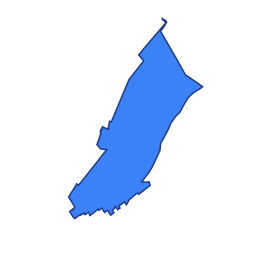 the district of Antiguo Morelos, Tamaulipas, Mexico, rotated 227°
{"feature_id": "50627088B85059783255621", "entity_name": "Antiguo Morelos", "entity_type": "district", "adm_level": 2, "iso_a3": "MEX", "parent_name": "Mexico", "parent_adm1": "Tamaulipas", "projection": "equal_earth", "projection_center": [-99.078, 22.569], "detail": "fine", "context": "isolated", "style": "filled", "palette": "blue", "viewbox_px": 256, "rotation_deg": 227, "n_neighbors": 0, "source": "geoboundaries", "source_scale": "gbopen_adm2", "svg_char_len": 2411}
<svg xmlns="http://www.w3.org/2000/svg" viewBox="0 0 256 256"><g transform="rotate(227 128 128)"><path d="M185.0,228.5L185.0,228.4L185.1,228.2L184.9,228.1L184.6,227.8L184.4,227.6L184.0,227.2L179.2,227.9L175.5,195.5L174.1,185.7L166.4,185.2L162.7,161.7L146.2,125.2L143.8,119.9L145.5,119.2L141.3,113.1L140.9,113.4L140.5,112.5L146.3,110.2L145.9,109.8L145.4,109.1L145.7,109.0L144.7,107.6L145.4,107.2L144.8,106.4L144.2,106.4L144.1,105.8L144.4,105.7L144.1,105.4L143.4,104.4L142.6,104.3L142.3,103.8L142.2,103.9L141.9,103.4L141.6,102.9L141.4,102.6L141.4,102.4L137.0,93.9L134.8,93.9L131.2,93.8L126.6,97.7L126.1,93.2L124.0,80.6L123.2,75.1L122.9,73.1L122.8,72.2L122.6,70.9L121.9,66.9L121.1,61.1L121.0,60.4L120.9,60.1L120.9,59.8L120.7,58.2L120.6,57.7L119.9,52.6L122.1,52.5L120.2,45.9L119.7,43.6L118.0,37.5L107.7,35.5L107.2,35.3L106.6,35.2L105.6,31.8L106.4,32.0L106.6,28.3L103.2,27.7L100.0,27.2L98.0,27.3L97.7,30.5L97.3,34.2L96.5,34.0L96.2,35.7L96.1,36.9L95.9,37.8L94.4,37.3L94.2,38.2L93.8,38.1L93.5,41.8L92.7,41.5L89.9,40.5L89.6,43.3L89.5,44.5L89.2,48.9L89.0,50.8L87.7,50.5L87.4,54.2L84.2,53.6L82.2,53.3L81.8,57.0L80.9,56.8L80.6,56.8L79.7,56.6L78.5,56.2L77.6,56.1L76.0,55.9L75.7,59.9L78.6,60.3L78.4,62.4L78.3,62.8L78.6,63.5L79.2,65.2L75.3,64.8L74.9,67.6L77.2,67.9L76.4,75.0L72.9,74.5L74.6,79.4L74.4,88.2L73.9,90.0L73.8,90.9L72.2,90.7L71.4,99.9L70.9,105.1L74.5,106.7L75.0,105.3L78.5,102.1L79.0,101.9L79.3,101.5L80.8,109.8L81.1,112.6L82.9,118.8L85.0,124.3L89.1,134.3L89.4,135.5L89.5,135.7L94.7,141.6L95.1,143.4L96.8,148.7L100.1,158.0L101.5,160.9L101.6,161.1L101.8,161.5L102.1,161.9L102.6,163.6L102.6,164.5L103.8,169.4L104.2,173.3L104.1,175.4L104.3,177.4L104.6,178.3L105.0,179.2L106.0,182.0L107.5,186.9L107.9,188.0L109.0,192.3L109.1,192.7L109.1,193.0L109.1,193.3L109.2,197.6L109.2,198.7L108.3,205.0L108.2,205.6L107.7,206.4L107.3,210.7L108.1,210.6L115.9,209.0L126.2,206.6L127.8,206.3L128.4,206.4L128.6,206.5L129.1,206.6L129.3,206.7L129.6,206.7L129.7,206.8L129.8,206.8L130.0,206.8L131.3,207.1L132.2,207.4L133.6,207.7L137.2,208.6L138.0,208.8L139.5,209.2L140.0,209.3L141.7,209.7L142.3,209.9L143.5,210.2L144.4,210.4L144.7,210.5L145.5,210.6L145.8,210.7L146.5,210.9L148.8,211.4L150.5,211.8L176.7,217.8L177.4,223.0L179.1,228.5L181.4,228.8L181.5,228.7L182.0,228.6L182.3,228.5L182.7,228.2L183.2,227.8L183.4,227.5L183.7,227.3L184.1,227.4L184.4,227.7L184.9,228.3L185.0,228.5Z" fill="#3b82f6" stroke="#1e3a8a" stroke-width="1.5"/></g></svg>